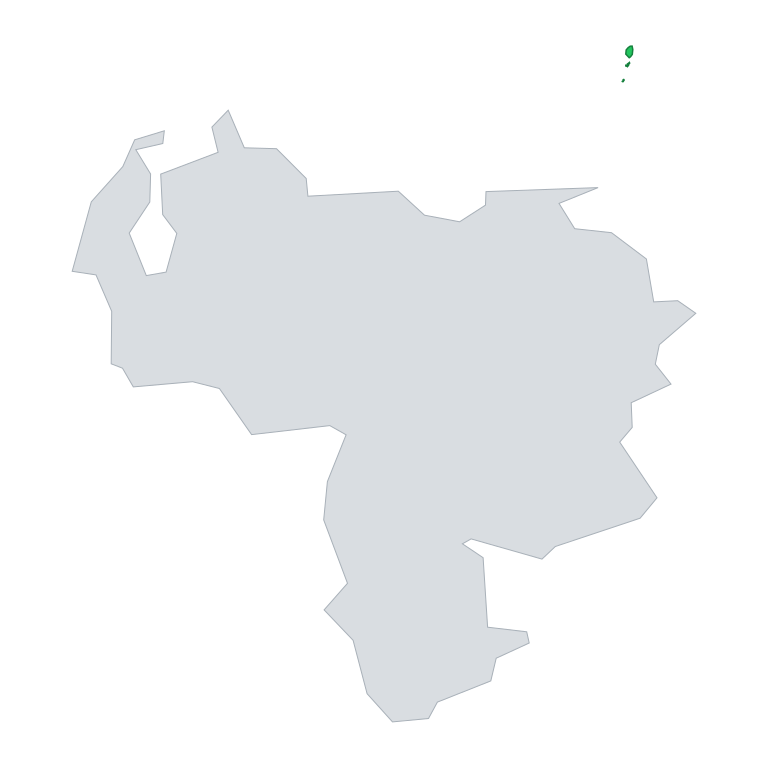 map of Saint Vincent and the Grenadines with Venezuela greyed out
{"feature_id": "VCT", "entity_name": "Saint Vincent and the Grenadines", "entity_type": "country or territory", "adm_level": 0, "iso_a3": "VCT", "parent_name": "North America", "parent_adm1": "", "projection": "natural_earth1", "projection_center": [-61.257, 13.027], "detail": "fine", "context": "with_neighbors", "style": "filled", "palette": "green", "viewbox_px": 768, "rotation_deg": 0, "n_neighbors": 1, "source": "natural_earth", "source_scale": "50m", "svg_char_len": 1597}
<svg xmlns="http://www.w3.org/2000/svg" viewBox="0 0 768 768"><path d="M619.7,442.1L657.0,497.8L640.1,518.2L555.3,546.5L542.0,559.1L471.1,538.9L462.4,543.8L483.1,557.7L487.6,627.2L526.7,631.8L529.2,643.0L496.2,658.2L490.8,680.9L437.4,702.1L428.5,718.5L392.5,721.9L367.1,693.7L353.1,640.3L324.1,609.9L347.5,583.3L323.7,519.9L327.4,481.6L346.1,434.8L329.8,425.6L251.6,434.6L219.4,388.5L192.6,381.7L133.3,386.9L122.5,368.2L111.2,363.8L111.7,311.3L96.0,274.9L72.2,271.3L91.3,201.8L122.8,166.6L134.7,139.8L164.3,130.8L162.8,143.5L135.8,149.7L150.6,174.0L149.8,202.0L129.2,233.1L146.3,275.6L166.1,272.1L176.8,233.4L162.7,214.6L160.7,174.1L218.1,152.3L211.9,127.1L228.2,110.2L244.3,147.8L276.5,148.7L306.2,178.5L307.9,196.2L398.3,191.2L424.5,215.2L459.6,221.8L485.5,205.1L486.0,191.6L598.1,187.6L559.0,203.4L574.7,228.7L611.5,232.7L646.4,259.0L653.7,301.9L677.7,300.7L695.8,313.3L659.3,344.7L655.3,364.2L671.0,384.1L631.2,402.7L632.2,427.4L619.7,442.1Z" fill="#d9dde1" stroke="#a8b0b8" stroke-width="1"/><path d="M630.5,56.8L629.2,57.7L625.8,54.1L626.2,49.9L628.2,47.6L630.2,46.2L632.1,46.1L632.8,49.5L632.3,54.4L630.5,56.8ZM628.1,65.6L627.4,66.2L627.8,66.2L627.4,66.6L627.2,66.2L626.8,65.9L626.4,65.8L625.8,65.8L625.8,65.4L626.5,65.7L627.5,65.4L627.5,65.0L627.2,64.6L627.1,64.3L627.5,63.9L628.8,63.0L629.3,62.5L629.4,62.9L629.4,63.1L629.6,63.2L629.0,64.0L628.1,65.6ZM623.2,81.6L622.7,81.7L622.3,81.5L622.4,81.3L622.9,81.2L623.2,80.8L623.1,80.3L623.1,79.8L623.5,79.5L623.8,79.5L624.0,79.7L624.1,80.2L623.8,80.5L623.6,80.8L623.4,81.3L623.2,81.6Z" fill="#22c55e" stroke="#15803d" stroke-width="1.5"/></svg>